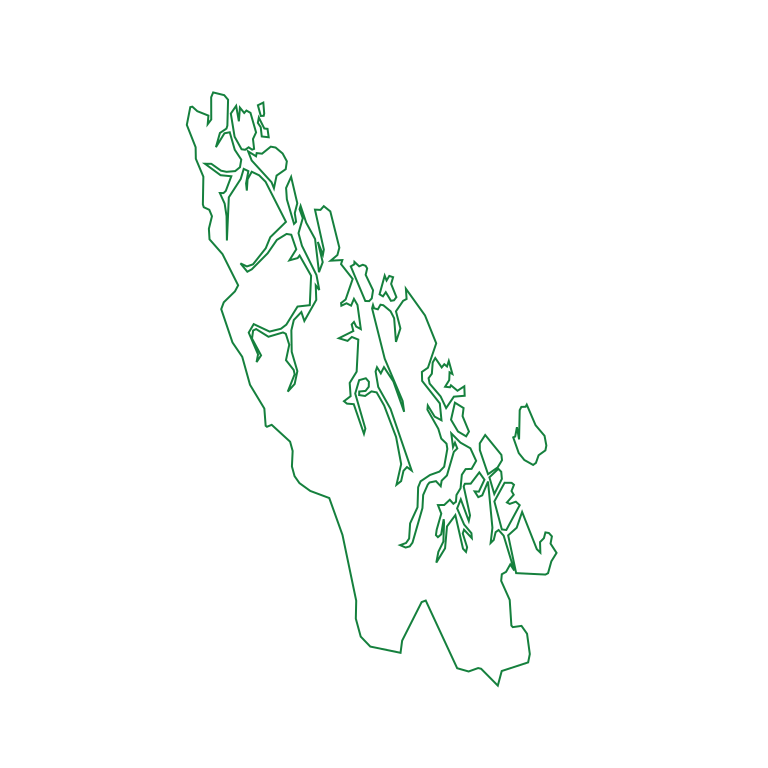 outline of Møre og Romsdal, rotated 80°
{"feature_id": "NOR-910", "entity_name": "Møre og Romsdal", "entity_type": "County", "adm_level": 1, "iso_a3": "NOR", "parent_name": "Norway", "parent_adm1": "", "projection": "robinson", "projection_center": [7.305, 62.718], "detail": "fine", "context": "isolated", "style": "outline", "palette": "green", "viewbox_px": 768, "rotation_deg": 80, "n_neighbors": 0, "source": "natural_earth", "source_scale": "10m", "svg_char_len": 6154}
<svg xmlns="http://www.w3.org/2000/svg" viewBox="0 0 768 768"><g transform="rotate(80 384 384)"><path d="M77.6,524.6L82.9,520.5L89.2,510.3L97.5,512.5L93.5,508.2L71.6,504.4L67.2,501.6L71.8,491.2L77.0,488.2L102.4,493.4L105.1,494.8L108.3,502.0L121.6,508.4L109.4,497.6L109.3,492.2L127.4,490.3L138.2,485.6L145.5,488.2L148.5,493.6L147.7,502.3L145.6,507.5L137.2,515.8L136.0,522.1L150.0,508.7L152.9,498.3L166.4,506.3L168.1,508.9L167.4,512.5L178.7,509.6L191.3,509.9L215.4,513.8L173.2,504.4L157.2,489.5L147.8,484.8L150.8,480.6L162.5,485.0L169.7,485.5L158.7,482.8L152.0,477.4L156.8,470.7L164.3,465.5L207.3,452.4L219.7,470.5L229.8,476.9L243.4,492.2L244.4,498.6L240.3,504.4L249.7,499.1L248.1,494.3L235.1,475.9L223.5,464.5L219.3,453.9L220.9,449.4L236.1,447.0L245.8,455.7L245.0,447.2L242.8,444.8L264.7,437.0L293.5,443.4L292.7,455.7L308.6,469.9L311.7,475.9L312.5,487.6L302.4,501.9L309.9,508.3L333.0,502.9L340.3,505.7L334.5,500.1L316.3,506.1L308.6,503.6L307.7,500.4L317.4,489.6L315.7,474.5L317.5,472.0L328.9,470.5L343.5,476.4L354.5,470.5L358.9,470.3L374.8,480.1L368.5,472.0L356.3,467.1L336.3,469.3L315.0,465.9L305.3,461.7L298.8,452.9L308.1,451.5L289.4,436.1L275.0,434.1L280.2,431.4L265.0,431.6L233.6,440.8L220.6,442.0L206.6,435.2L197.2,436.8L194.1,435.2L211.7,432.6L229.2,426.7L262.6,428.6L253.4,423.2L232.6,424.5L246.0,421.7L241.2,419.9L200.3,421.7L201.5,416.3L198.4,412.4L204.7,406.9L242.0,404.3L248.9,407.5L253.3,415.1L254.7,403.5L258.5,405.5L275.1,396.6L294.1,407.1L296.8,412.2L299.5,412.4L298.0,406.9L301.1,402.8L294.9,398.8L301.6,396.4L325.9,397.3L322.6,401.4L317.7,402.8L319.8,405.5L326.5,405.0L331.1,420.5L335.2,412.4L332.1,407.5L335.8,401.6L367.1,408.8L377.0,417.6L390.2,419.0L394.0,426.4L396.9,423.9L398.6,417.3L429.6,412.4L424.7,410.1L388.4,414.0L375.9,407.8L375.2,400.9L379.2,398.5L384.1,399.5L387.6,403.4L387.1,409.7L390.6,410.4L392.5,404.7L389.1,397.6L391.0,392.7L405.2,387.6L438.3,381.3L465.9,381.0L485.4,389.2L482.6,384.0L472.9,379.9L469.8,375.8L474.0,371.8L409.6,381.9L385.9,390.2L370.2,390.1L366.3,388.0L373.0,385.3L367.4,381.1L383.2,374.3L414.9,369.0L404.0,368.6L359.2,378.9L307.5,382.6L304.3,381.1L307.7,380.6L309.4,377.1L305.3,373.7L306.3,371.0L313.5,364.9L321.0,362.6L344.6,364.9L332.1,358.2L314.5,359.6L305.4,350.7L304.2,347.0L294.0,345.9L323.6,331.7L353.0,325.5L375.6,337.9L378.7,344.6L387.6,345.9L412.8,332.4L429.7,333.7L424.9,339.8L412.8,344.6L416.8,345.7L437.5,338.3L447.7,337.1L453.6,332.8L458.9,332.9L475.9,339.1L479.9,344.6L481.6,354.5L486.2,364.9L491.6,368.3L511.2,372.4L525.8,382.5L540.6,386.1L544.4,389.9L545.5,396.1L548.8,391.1L548.4,386.9L545.2,383.5L512.9,367.7L500.1,364.7L490.7,358.4L488.9,356.3L488.7,349.7L494.5,345.9L489.2,344.0L485.0,337.9L462.9,327.0L460.2,323.0L454.1,324.3L458.2,327.0L444.3,326.3L455.0,318.9L462.3,310.1L475.7,306.6L482.8,312.5L482.0,318.4L486.9,323.1L499.9,326.7L505.9,331.9L512.5,333.6L514.0,336.5L509.4,339.3L513.6,345.7L512.6,351.9L521.6,350.1L536.6,357.4L541.8,359.1L544.2,357.5L542.0,353.8L527.5,348.7L530.8,348.9L549.5,352.9L558.7,359.6L569.0,363.5L556.4,352.4L535.2,346.7L525.5,336.5L559.9,334.8L563.6,332.4L559.2,330.5L544.9,332.4L541.4,330.5L551.0,324.3L546.1,323.8L536.3,329.5L519.2,333.6L510.9,328.4L533.6,324.3L528.3,322.1L498.7,323.3L496.3,321.7L497.2,315.9L487.6,305.5L495.7,301.7L506.5,309.3L505.5,313.4L511.8,310.8L510.7,306.6L498.1,298.5L544.4,302.2L559.1,306.6L556.6,303.0L549.3,299.8L547.7,296.5L554.1,292.5L590.3,288.1L583.6,291.0L590.2,296.4L591.8,301.0L598.2,302.8L618.5,297.7L644.0,300.5L645.8,299.4L646.1,290.6L654.8,286.5L675.3,287.3L683.2,290.4L687.1,317.9L700.8,324.3L681.3,337.8L680.1,340.6L681.8,350.6L676.6,361.3L604.5,380.5L605.3,384.8L639.9,410.7L651.6,414.4L640.2,443.1L628.7,450.8L610.2,452.5L592.6,449.0L525.5,451.1L486.8,457.7L476.5,475.2L466.9,484.5L459.2,488.1L449.2,489.0L434.1,485.6L424.5,486.5L404.7,501.7L405.8,506.7L404.6,507.8L387.4,506.1L361.5,516.1L332.6,518.9L316.8,526.0L282.0,531.3L275.7,527.6L266.9,514.7L261.5,510.5L228.0,520.5L211.2,530.7L200.7,529.5L188.9,524.3L182.1,525.8L178.6,530.8L175.7,531.2L148.5,525.9L129.5,530.2L118.1,528.4L94.6,533.2L77.7,526.7L77.6,524.6ZM593.2,286.7L554.6,288.0L548.6,278.3L534.0,270.2L573.2,262.2L577.2,259.3L566.8,257.8L563.6,253.3L558.2,250.8L559.4,247.5L563.2,245.1L570.1,247.7L580.3,243.4L587.7,250.0L598.8,255.3L599.7,258.1L593.2,286.7ZM449.6,260.6L462.0,260.6L433.3,254.9L430.4,252.7L431.0,248.5L429.1,247.0L450.9,241.9L462.9,234.9L472.8,234.8L477.4,236.6L481.0,244.1L488.1,248.1L489.6,251.2L483.2,259.0L475.4,263.3L459.0,266.0L458.5,263.9L449.6,260.6ZM408.6,317.4L418.5,327.0L406.1,330.4L391.5,339.0L386.0,339.1L382.2,335.1L371.3,332.3L367.3,329.0L377.7,324.3L375.0,321.2L377.7,318.9L372.6,316.2L386.0,314.9L383.9,317.4L391.5,319.1L397.3,324.3L398.7,319.6L396.9,318.3L403.4,312.8L400.2,305.3L409.6,306.6L408.6,317.4ZM155.4,443.5L160.1,453.6L172.1,458.4L165.8,459.7L140.9,475.5L131.3,477.4L137.5,470.5L134.5,469.3L136.0,464.1L130.6,454.3L132.3,449.7L139.4,443.8L147.8,441.0L155.4,443.5ZM120.0,470.5L129.9,471.1L130.3,473.2L127.4,476.2L129.2,480.1L128.1,483.5L114.5,488.2L91.1,487.9L84.4,481.3L100.1,481.3L86.8,477.9L92.8,474.6L90.8,472.0L93.8,468.4L114.0,466.3L120.0,470.5ZM526.9,271.4L549.0,288.9L547.7,293.2L518.8,295.7L502.2,282.4L503.5,275.5L505.8,273.5L511.5,277.0L515.6,275.5L522.0,283.5L523.9,281.0L522.8,274.6L526.9,271.4ZM479.5,281.0L485.9,286.6L490.9,297.2L465.7,301.1L459.1,300.0L451.8,293.2L474.2,280.7L479.5,281.0ZM289.8,378.5L297.6,381.2L299.8,384.2L299.0,388.0L262.4,396.3L261.0,392.5L258.6,391.9L263.8,388.0L262.9,384.2L264.4,381.6L267.2,380.5L273.3,383.1L289.8,378.5ZM429.3,312.2L445.6,308.6L449.8,312.2L443.6,319.4L430.8,324.2L414.7,317.4L421.5,309.8L429.3,312.2ZM200.2,442.2L209.0,442.4L210.7,444.8L185.3,447.6L174.0,446.4L163.9,439.5L190.9,438.0L200.2,442.2ZM286.7,359.6L300.6,356.7L303.3,359.6L303.3,362.7L293.9,366.3L297.5,369.8L294.9,372.8L277.4,364.5L282.5,363.5L278.5,360.0L280.4,356.5L286.7,359.6ZM497.9,284.4L511.5,294.5L494.2,296.4L487.4,286.1L490.8,283.8L497.9,284.4ZM104.9,462.9L99.9,461.0L111.6,457.5L112.5,454.4L121.0,454.7L119.0,461.4L109.7,460.8L104.9,462.9ZM98.6,458.8L87.6,459.8L85.9,454.0L96.8,455.0L99.0,455.9L98.6,458.8Z" fill="none" stroke="#15803d" stroke-width="2"/></g></svg>